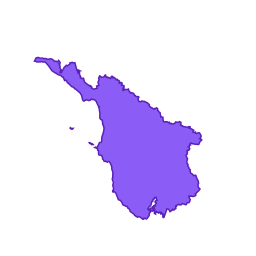 the district of Douglas, Queensland, Australia, rotated 161°
{"feature_id": "25037944B93362533996498", "entity_name": "Douglas", "entity_type": "district", "adm_level": 2, "iso_a3": "AUS", "parent_name": "Australia", "parent_adm1": "Queensland", "projection": "robinson", "projection_center": [145.346, -16.309], "detail": "fine", "context": "isolated", "style": "filled", "palette": "violet", "viewbox_px": 256, "rotation_deg": 161, "n_neighbors": 0, "source": "geoboundaries", "source_scale": "gbopen_adm2", "svg_char_len": 5831}
<svg xmlns="http://www.w3.org/2000/svg" viewBox="0 0 256 256"><g transform="rotate(161 128 128)"><path d="M194.6,221.7L194.0,221.5L192.8,220.2L189.2,219.0L188.0,219.0L186.6,217.8L185.3,217.7L184.7,217.2L182.8,212.5L181.3,207.0L178.8,203.6L178.1,203.3L177.1,201.5L174.3,199.4L173.5,197.6L172.7,197.0L172.5,193.5L171.5,193.3L171.3,193.5L170.8,193.1L170.6,190.7L169.7,189.9L169.9,189.4L169.2,188.6L167.9,185.6L165.9,183.9L165.8,182.6L164.8,181.8L161.8,176.5L161.3,173.9L161.7,169.5L161.5,168.4L160.7,167.7L160.0,168.1L157.8,168.1L156.0,166.6L154.3,166.6L153.5,167.3L152.8,167.1L151.9,166.2L150.9,166.0L150.3,165.4L149.4,163.5L149.0,159.0L148.6,157.9L148.9,157.4L148.4,157.3L148.8,156.9L149.7,151.4L151.4,146.6L151.0,145.0L149.8,143.8L150.7,139.7L150.5,137.2L151.0,134.8L152.9,131.5L155.5,128.2L157.5,123.6L158.3,123.2L159.7,123.5L163.2,119.9L164.3,120.0L164.8,120.5L165.7,120.3L164.8,119.7L163.6,118.2L163.9,116.9L163.3,116.1L164.2,113.4L164.2,111.9L161.8,110.6L161.8,108.0L162.1,107.0L161.5,105.7L161.6,104.7L160.5,103.7L159.7,103.8L158.7,102.4L157.4,102.7L156.6,102.3L156.0,98.9L156.0,96.5L156.7,94.4L156.7,91.1L158.3,86.8L159.6,84.7L159.5,81.3L161.1,78.7L161.3,75.5L162.0,74.2L162.8,73.9L163.2,72.8L162.9,72.2L162.0,72.7L160.7,70.5L160.4,63.3L158.8,62.0L158.1,60.1L157.8,57.0L155.5,54.8L154.4,54.3L154.3,52.4L153.8,52.2L152.9,49.9L153.1,48.3L150.3,44.5L150.2,43.2L149.5,42.6L149.1,41.6L148.4,41.4L148.2,40.6L146.0,40.5L143.6,36.8L142.9,36.8L142.6,37.4L141.2,36.9L140.3,36.0L139.3,36.3L136.3,38.5L135.9,40.2L134.1,41.3L134.1,43.1L133.4,42.2L132.1,41.4L131.1,41.5L130.7,42.9L130.8,44.6L132.6,44.8L133.0,43.9L133.8,44.4L134.3,44.0L134.5,42.4L134.9,43.8L135.6,44.3L135.4,45.3L133.2,46.9L132.2,47.0L131.4,47.7L129.3,50.8L128.4,50.7L127.7,52.1L127.1,52.1L127.0,52.5L126.0,52.7L125.5,53.6L124.5,53.0L124.0,53.1L124.3,51.3L124.1,50.2L125.8,50.1L126.6,49.3L125.7,48.2L125.8,47.5L127.1,46.9L127.5,46.3L127.5,45.5L128.9,46.1L129.0,45.6L130.2,45.5L129.3,44.4L129.8,43.7L129.2,42.5L130.1,41.5L129.9,40.6L130.5,39.7L130.4,38.8L130.8,38.5L130.1,37.8L130.1,39.0L129.1,38.9L129.1,39.7L128.3,39.9L128.3,39.1L126.8,38.3L127.1,38.1L126.9,37.7L125.5,38.2L125.1,37.9L125.4,37.3L125.1,36.9L124.4,37.2L124.8,36.3L124.0,36.5L124.1,36.2L123.5,36.0L123.7,35.8L123.1,35.0L123.6,34.8L123.3,34.3L122.9,34.3L123.3,34.0L123.0,33.7L124.1,32.7L123.7,31.8L123.1,31.8L117.4,38.9L116.0,37.9L115.5,35.2L113.7,35.7L112.2,36.6L112.3,35.9L111.6,35.6L110.7,35.6L109.6,36.4L109.2,36.2L108.8,36.5L108.9,36.9L108.3,38.7L107.6,38.2L107.2,38.9L106.4,39.3L105.0,39.3L104.9,38.8L102.8,38.0L101.3,38.9L98.3,36.6L97.9,36.6L96.4,38.1L94.7,37.6L93.6,38.3L93.3,39.1L92.4,40.0L92.8,41.5L92.7,43.7L91.5,43.4L91.4,43.1L90.8,43.2L88.8,42.0L86.3,42.0L85.9,42.2L85.8,43.6L85.2,43.6L84.3,44.5L82.0,45.4L79.9,46.7L79.8,47.0L80.7,48.7L80.7,50.4L80.2,51.7L79.3,52.6L78.8,55.3L79.5,57.9L79.2,58.3L79.4,60.1L79.2,60.4L79.4,61.2L80.0,61.6L81.3,61.4L82.2,63.6L83.2,64.6L83.5,65.9L83.2,66.4L83.4,67.2L82.7,68.3L83.5,69.5L83.3,71.2L83.9,72.8L83.1,73.9L83.6,75.3L83.4,77.0L81.7,79.6L82.2,82.8L81.1,84.0L80.6,84.0L80.4,84.9L79.8,85.4L79.9,86.5L79.3,87.5L78.8,87.1L78.4,87.5L77.7,87.2L76.4,88.2L76.3,88.9L76.9,90.4L76.3,90.2L75.5,91.7L74.5,91.6L74.7,92.4L73.9,93.3L72.8,92.8L72.5,92.1L71.8,92.1L69.4,90.5L68.3,90.4L67.8,89.9L66.5,89.4L64.2,91.8L62.5,92.4L62.1,92.9L63.6,94.5L62.7,94.6L62.6,95.2L61.6,96.2L61.4,97.4L62.0,100.0L62.7,100.6L65.1,100.5L65.7,100.9L65.5,102.2L67.1,102.3L67.9,102.9L67.5,103.9L66.6,104.4L68.0,106.2L70.1,107.9L69.0,108.4L68.9,109.0L69.8,109.5L71.6,109.4L75.9,111.8L75.8,112.3L77.4,113.7L76.8,114.2L76.1,116.1L77.3,117.3L78.0,116.8L81.1,118.2L82.6,117.0L84.6,117.4L85.5,117.8L85.7,118.4L86.8,118.4L87.1,120.0L87.8,119.8L88.7,121.0L89.5,121.1L89.8,121.6L90.6,121.6L92.3,122.5L91.8,126.4L91.5,126.7L92.7,127.7L93.3,127.7L92.7,132.1L93.7,133.5L93.6,134.2L94.2,134.7L93.7,136.8L94.6,137.8L96.0,137.4L96.4,137.8L97.5,137.4L99.1,139.7L99.6,139.9L100.7,141.8L100.7,142.5L100.2,142.9L100.5,143.8L101.5,145.5L104.0,148.0L105.0,148.2L106.1,149.1L107.3,148.7L108.9,149.4L109.2,151.9L108.7,152.8L107.8,153.3L107.8,154.2L109.8,155.0L110.6,155.8L110.5,156.3L111.3,156.9L111.2,158.0L111.9,159.4L113.4,160.3L114.3,160.2L114.3,161.1L115.1,163.0L114.9,164.7L116.8,164.7L118.3,165.6L120.0,165.0L120.4,165.2L120.2,166.6L119.6,166.5L118.9,167.2L119.1,167.9L118.3,168.1L118.1,169.5L120.2,170.4L120.3,170.8L119.3,171.5L119.0,172.4L119.2,173.0L121.8,173.3L121.7,173.8L120.8,174.1L121.0,175.6L121.3,176.1L122.6,176.8L122.4,177.5L123.5,177.7L123.4,178.1L124.6,180.2L126.1,180.5L126.1,180.9L125.6,181.3L125.8,181.8L126.4,182.2L127.2,182.0L127.7,180.9L128.6,180.5L129.4,181.7L130.8,182.1L130.7,182.8L132.1,183.0L132.0,185.4L132.8,185.3L134.0,184.2L136.1,184.3L136.8,185.3L137.4,185.4L137.4,186.2L137.9,186.5L139.6,184.6L139.6,183.3L141.5,180.9L141.8,177.6L144.0,177.9L144.3,175.6L148.1,176.0L149.5,177.8L148.9,178.4L149.7,179.4L149.4,179.7L150.1,180.5L150.5,180.1L154.1,185.4L153.9,189.6L155.4,189.7L156.7,190.9L156.5,191.7L156.1,191.7L156.5,195.3L155.8,195.8L155.9,196.5L157.4,196.6L157.3,197.8L154.7,197.6L156.3,199.2L157.5,199.3L157.0,207.1L158.6,207.3L159.4,208.3L160.0,208.1L160.5,208.4L161.7,208.4L161.5,207.8L162.3,207.3L165.0,206.6L166.0,207.4L166.9,206.7L168.3,206.4L171.0,203.8L171.5,203.9L172.6,202.2L174.1,202.3L174.2,202.9L172.3,204.8L172.9,207.5L172.1,208.3L172.3,209.5L171.9,210.2L172.4,211.1L171.5,211.0L170.8,212.1L171.6,214.5L172.6,213.7L173.4,213.7L174.2,214.6L175.7,215.0L177.0,217.4L178.6,218.7L181.4,219.0L183.5,220.7L184.9,220.8L185.8,221.8L188.7,222.8L189.7,223.9L192.1,224.2L194.6,221.7ZM166.4,123.7L167.0,124.9L168.2,125.5L168.6,126.4L169.4,126.7L169.3,126.0L168.5,125.5L167.8,124.1L166.4,123.7ZM182.4,147.1L182.8,146.4L182.1,145.7L181.9,146.4L182.4,147.1ZM180.0,145.5L180.8,145.7L180.9,145.1L180.4,145.2L180.0,145.5Z" fill="#8b5cf6" stroke="#5b21b6" stroke-width="1.5"/></g></svg>